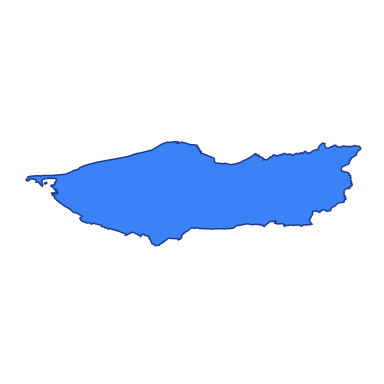 outline of Pinrang, Sulawesi Selatan, Indonesia, rotated 93°
{"feature_id": "22746128B71783882222616", "entity_name": "Pinrang", "entity_type": "district", "adm_level": 2, "iso_a3": "IDN", "parent_name": "Indonesia", "parent_adm1": "Sulawesi Selatan", "projection": "equal_earth", "projection_center": [119.581, -3.649], "detail": "fine", "context": "isolated", "style": "filled", "palette": "blue", "viewbox_px": 384, "rotation_deg": 93, "n_neighbors": 0, "source": "geoboundaries", "source_scale": "gbopen_adm2", "svg_char_len": 6009}
<svg xmlns="http://www.w3.org/2000/svg" viewBox="0 0 384 384"><g transform="rotate(93 192 192)"><path d="M217.8,70.5L216.7,71.7L214.5,73.1L213.6,72.9L212.9,73.1L211.7,72.2L208.9,71.1L208.2,70.4L207.6,70.3L205.8,70.7L205.2,70.4L204.7,69.2L204.5,66.7L204.6,66.0L205.5,64.6L205.5,63.6L205.0,62.6L204.0,62.0L202.8,60.1L203.0,58.4L204.2,56.7L203.4,52.7L200.8,52.0L199.9,51.0L198.2,48.1L196.1,46.4L195.0,44.5L194.3,39.9L192.7,39.3L192.3,39.5L191.9,39.1L191.3,39.0L191.2,38.2L190.8,37.8L190.5,37.8L189.0,39.0L188.6,38.5L188.2,38.7L187.6,39.6L186.7,40.0L185.7,40.3L185.1,39.8L184.1,40.4L183.5,40.3L181.0,39.2L180.3,37.2L180.4,36.1L179.8,36.0L180.0,35.2L179.5,35.6L179.3,35.1L178.6,34.7L178.6,34.0L178.0,34.2L177.4,32.9L176.7,32.4L176.1,32.9L175.7,32.6L175.1,33.6L174.1,33.0L173.4,33.7L172.1,33.8L171.2,34.6L169.2,34.0L168.6,34.7L167.4,34.5L166.8,36.0L166.1,35.6L164.4,37.2L164.5,37.8L164.0,39.1L163.7,41.9L162.7,43.9L160.1,44.1L158.8,43.0L156.0,37.5L155.2,36.6L153.6,36.4L149.6,34.4L146.7,30.1L144.9,29.7L142.1,28.2L140.7,26.1L139.8,25.7L139.0,26.1L137.6,27.4L137.7,29.1L137.1,31.6L138.3,35.5L138.3,38.2L138.6,39.6L138.0,42.9L139.5,46.4L138.9,49.9L138.3,50.5L138.2,51.1L137.9,51.0L137.8,51.9L138.2,52.8L138.8,53.2L139.1,54.5L139.6,54.8L139.8,56.1L140.8,57.3L141.2,58.7L141.1,59.6L140.5,61.0L138.3,62.0L136.8,61.7L136.4,63.8L136.7,64.9L137.6,65.4L139.0,67.0L142.9,68.7L144.3,73.0L146.3,75.7L146.7,75.8L146.9,77.2L147.5,77.8L147.4,78.3L146.8,78.9L146.6,79.7L145.6,80.3L145.5,80.9L145.7,81.8L147.5,83.1L147.6,84.3L147.2,84.8L147.2,85.7L147.9,86.1L148.0,86.5L148.0,89.9L148.6,91.3L150.0,92.8L150.1,94.1L149.3,94.5L149.1,95.3L149.3,96.3L149.0,97.3L149.1,97.8L149.7,98.6L149.6,100.1L148.9,100.4L148.6,101.3L149.3,103.6L149.8,104.1L150.3,104.2L150.1,105.3L150.6,106.5L150.7,107.7L151.6,108.6L151.4,111.0L150.6,111.2L150.5,111.5L151.0,112.2L151.1,113.4L152.3,114.0L153.0,114.8L152.9,115.9L154.0,116.3L155.1,118.1L156.0,118.7L155.8,120.7L155.3,121.6L156.0,122.6L154.8,122.6L154.3,123.0L153.5,124.6L153.3,126.8L152.9,127.0L152.3,126.7L151.7,127.1L152.3,128.1L152.1,128.8L151.5,129.0L151.7,129.9L151.4,130.1L150.6,129.9L150.3,130.6L152.9,133.7L155.3,137.1L157.2,140.3L158.3,142.9L159.8,144.8L161.8,150.5L162.6,154.9L162.5,156.3L161.8,158.9L161.8,160.5L161.6,160.6L162.2,163.7L162.0,164.4L161.8,169.6L161.5,170.3L160.0,171.3L158.1,171.4L157.4,171.7L156.8,172.6L155.9,174.9L154.9,178.5L154.3,179.4L153.7,181.8L153.1,183.0L152.7,184.7L152.1,184.8L152.5,185.3L151.3,185.2L151.3,186.0L150.5,185.7L150.0,186.7L149.0,186.8L148.6,187.2L148.6,187.7L147.9,188.1L147.6,187.9L147.2,188.8L146.7,188.5L146.3,189.5L145.2,189.2L144.8,192.1L144.8,196.3L143.5,201.0L143.2,203.3L142.7,204.5L142.8,205.4L143.4,206.1L144.1,208.1L143.8,210.2L143.4,210.2L143.3,208.4L142.7,208.3L143.0,209.2L142.7,210.4L142.7,211.9L143.7,217.5L143.5,219.4L145.8,224.7L151.2,232.6L152.3,234.5L155.4,244.4L156.6,249.7L159.1,255.6L160.4,259.5L167.3,288.6L170.0,297.1L171.8,302.0L172.1,302.1L173.6,305.4L174.0,305.3L175.5,307.4L176.7,311.3L177.9,313.0L179.7,316.9L180.5,317.9L180.9,319.6L182.9,332.7L183.2,340.5L183.5,342.5L184.0,344.1L183.7,346.6L184.7,354.0L185.5,356.5L187.2,357.3L188.4,358.3L188.8,358.2L189.4,357.6L189.3,355.8L188.9,355.2L187.8,354.9L187.5,354.1L187.4,350.3L187.6,349.4L189.5,347.9L190.4,348.2L190.2,346.7L190.4,345.7L191.2,345.0L191.6,344.2L192.2,344.1L192.2,343.9L193.0,343.2L193.2,342.6L193.7,342.5L194.1,341.7L191.7,341.5L191.5,342.1L190.6,342.4L188.6,342.2L187.8,342.4L187.5,342.0L187.0,341.1L186.2,338.1L185.7,334.4L185.8,331.5L185.4,331.0L185.6,329.1L187.1,327.9L188.7,328.4L189.7,329.7L190.3,329.8L190.9,329.2L191.3,329.2L192.2,330.5L192.5,332.6L193.4,333.2L194.3,331.4L196.8,329.2L196.9,328.6L196.5,328.4L196.7,327.8L197.4,328.6L197.8,328.4L198.0,327.9L197.7,327.3L198.1,327.0L198.0,326.5L198.3,327.5L198.5,327.6L198.5,326.1L198.8,326.9L199.1,326.3L199.6,326.6L200.0,326.0L200.7,326.3L200.7,327.5L199.8,326.8L199.3,327.9L199.9,328.1L199.9,328.7L200.3,329.0L201.1,328.8L200.1,329.2L200.0,329.6L201.4,329.8L201.2,330.3L200.4,330.3L200.6,331.1L200.1,331.5L200.8,332.6L200.6,332.0L200.9,331.7L201.5,331.3L202.2,331.5L203.7,329.0L204.8,329.0L205.7,328.6L206.3,327.4L207.5,326.5L207.7,325.7L209.7,323.6L210.1,322.4L212.3,319.3L215.3,313.3L218.7,309.2L218.8,308.2L218.7,306.6L222.0,300.5L222.5,300.7L223.8,302.5L224.8,302.4L226.3,301.1L226.9,300.1L228.2,296.1L228.5,295.8L228.1,293.0L228.5,291.8L229.2,291.4L229.3,290.9L228.9,290.1L228.8,289.0L228.3,288.8L228.1,288.2L229.0,286.3L228.8,285.8L229.4,284.4L229.5,282.2L229.9,281.0L230.3,281.1L231.5,279.8L231.4,278.0L232.1,277.4L232.5,276.2L232.3,275.3L233.4,274.0L232.8,271.7L234.0,267.7L235.0,263.1L237.6,255.4L238.5,256.1L238.4,255.2L235.2,249.4L235.9,247.0L236.6,245.9L236.6,245.2L237.0,244.4L238.0,242.9L238.0,242.0L239.2,241.1L236.6,239.0L236.9,238.5L236.9,237.8L237.9,236.2L237.8,235.2L238.6,234.0L238.5,232.6L240.3,232.5L241.1,232.0L241.3,231.2L243.3,230.6L244.1,229.9L245.3,229.6L246.7,226.7L247.6,226.0L246.6,221.6L245.5,221.1L243.9,218.2L243.0,217.5L240.4,214.2L239.4,213.2L239.5,203.6L240.5,203.1L240.1,202.7L239.9,201.6L238.4,200.2L237.4,199.9L236.8,200.2L235.8,200.0L233.3,197.6L232.0,196.0L231.0,194.1L227.9,191.0L228.0,186.7L227.3,185.2L228.1,182.8L227.9,168.6L227.3,166.7L227.5,165.7L227.1,161.0L227.2,157.0L226.8,156.2L226.7,153.0L225.9,148.8L223.3,145.7L222.8,144.4L223.0,142.9L221.6,138.5L220.8,134.4L221.5,130.9L221.4,129.2L220.9,127.3L221.0,123.7L220.7,123.4L221.1,123.2L221.4,122.3L220.9,121.2L221.6,120.2L221.5,119.3L222.4,118.9L222.7,118.2L222.2,117.4L221.4,117.1L219.1,114.3L217.7,113.2L217.4,112.0L217.3,109.4L216.4,106.7L216.7,106.5L217.7,106.9L218.3,107.6L218.9,107.6L219.4,105.0L218.8,99.6L219.2,98.8L220.5,98.6L221.5,97.4L221.1,97.2L220.5,97.4L220.3,96.7L220.5,94.4L219.9,92.8L219.8,90.6L220.0,88.8L219.3,85.0L219.8,81.9L220.4,80.8L219.0,78.8L218.8,77.8L219.0,76.1L218.7,75.5L218.6,74.3L218.7,72.8L217.8,70.5ZM191.8,339.0L190.9,337.6L190.5,337.4L190.0,338.0L190.1,339.1L190.6,339.5L191.6,339.5L191.8,339.0Z" fill="#3b82f6" stroke="#1e3a8a" stroke-width="1.5"/></g></svg>